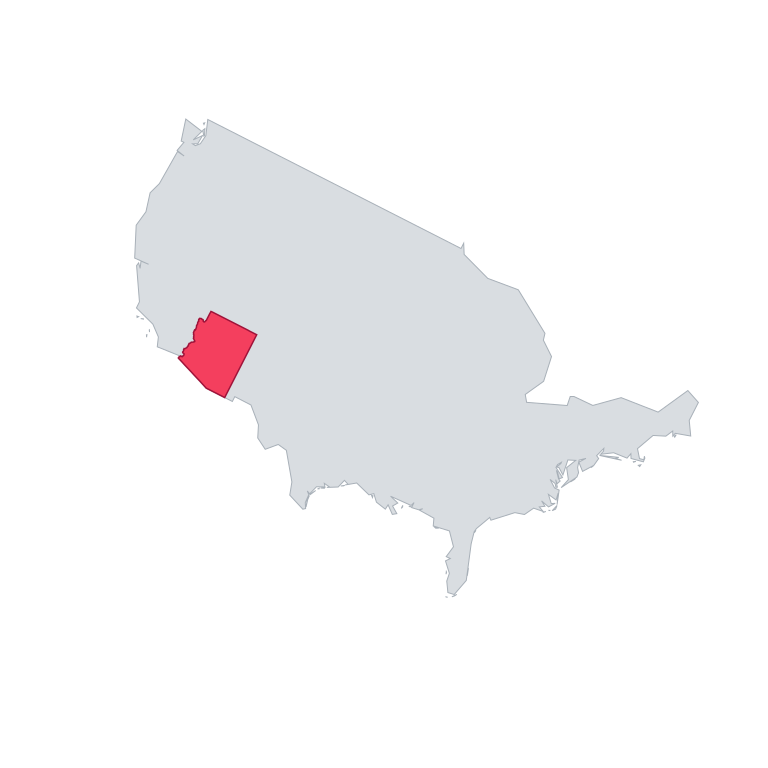 United States of America, with Arizona highlighted, rotated 27°
{"feature_id": "USA-3520", "entity_name": "Arizona", "entity_type": "State", "adm_level": 1, "iso_a3": "USA", "parent_name": "United States of America", "parent_adm1": "", "projection": "mercator", "projection_center": [-112.833, 34.165], "detail": "fine", "context": "in_parent", "style": "filled", "palette": "rose", "viewbox_px": 768, "rotation_deg": 27, "n_neighbors": 0, "source": "natural_earth", "source_scale": "10m", "svg_char_len": 7728}
<svg xmlns="http://www.w3.org/2000/svg" viewBox="0 0 768 768"><g transform="rotate(27 384 384)"><path d="M601.5,288.5L641.0,284.6L657.7,251.9L672.5,257.7L672.5,277.9L680.9,291.1L665.9,295.7L665.0,299.3L662.6,294.8L658.8,302.5L647.1,307.7L639.2,326.5L645.5,334.5L649.9,333.5L648.8,330.1L650.1,331.7L650.4,335.6L637.9,338.2L635.6,334.0L634.2,339.7L619.8,341.0L608.9,348.3L610.1,344.1L609.1,341.5L606.0,351.3L609.1,353.0L607.9,361.2L600.6,371.7L593.1,365.2L597.7,358.6L592.4,363.2L594.4,370.5L597.6,374.7L598.1,379.3L588.9,395.9L591.7,385.5L584.7,375.6L589.5,365.0L582.3,368.2L584.7,383.8L577.9,379.1L575.5,379.5L577.7,374.7L577.6,373.2L575.2,377.0L575.1,380.3L585.5,386.3L583.1,389.0L578.5,383.6L576.8,382.7L582.5,389.2L585.0,390.5L583.5,394.3L580.4,391.3L585.3,397.2L584.1,398.0L581.7,395.0L575.3,393.6L583.2,399.2L588.2,399.0L593.0,413.0L588.7,402.2L590.0,409.2L580.6,407.7L587.3,414.6L590.7,412.6L586.4,418.8L577.5,416.6L582.9,419.9L578.2,423.0L583.7,425.3L573.7,426.7L568.4,436.5L559.0,439.2L541.1,456.8L538.8,454.9L532.0,470.8L531.4,474.7L534.2,486.8L546.5,521.7L542.1,539.7L535.6,540.8L529.4,531.1L528.2,523.0L519.1,513.7L522.3,509.4L517.8,509.6L519.8,497.5L509.0,485.2L492.3,488.1L489.4,480.9L473.0,480.3L475.1,477.5L472.1,480.3L464.7,481.6L464.6,476.0L463.3,479.9L440.8,481.0L450.3,483.8L447.0,488.8L454.3,493.7L450.6,496.4L442.5,489.8L442.0,494.9L430.9,492.7L424.7,486.3L420.9,489.6L404.6,484.6L395.2,491.6L397.6,489.7L392.5,487.8L389.9,496.6L380.0,502.1L382.3,500.5L375.9,499.6L378.1,502.5L370.5,506.2L367.6,515.6L364.2,514.1L367.2,516.7L367.7,525.4L370.7,530.6L368.5,532.4L350.5,525.8L346.4,513.1L327.1,487.4L317.2,485.9L307.8,496.1L296.0,489.4L290.7,477.4L275.0,463.1L256.8,463.0L256.8,468.4L227.7,468.5L189.8,451.6L165.1,453.8L161.6,444.5L150.9,435.6L128.9,428.6L128.8,421.8L109.8,390.8L110.4,387.5L114.2,391.7L111.7,384.8L119.9,384.2L104.7,385.0L91.1,355.0L93.7,338.6L88.8,319.8L92.9,307.4L94.5,270.6L102.4,271.6L93.6,269.8L96.0,259.5L93.0,259.6L87.1,237.9L107.0,241.6L103.2,253.1L109.5,245.0L109.0,254.5L104.4,256.9L107.7,257.3L111.3,253.3L112.5,243.6L106.9,228.3L391.1,228.3L391.1,222.4L396.6,232.2L428.5,242.8L460.9,239.1L504.4,265.8L506.1,272.6L520.8,283.5L525.0,309.1L514.6,329.2L519.4,335.6L557.0,320.0L555.6,310.6L558.9,308.9L579.8,308.3L601.5,288.5ZM624.1,345.1L630.3,344.1L608.4,349.8L626.5,342.8L624.1,345.1ZM108.5,237.8L111.2,244.0L111.0,244.9L107.3,240.3L108.5,237.8ZM370.4,529.1L368.0,521.5L368.2,517.2L368.5,521.7L370.4,529.1ZM667.4,296.5L667.2,299.4L666.3,298.8L667.4,296.5ZM424.9,488.6L425.3,490.4L423.5,488.9L424.9,488.6ZM137.5,436.2L140.0,435.1L140.2,435.4L137.5,436.2ZM134.8,435.4L133.8,436.8L133.0,435.6L134.8,435.4ZM643.6,338.6L641.8,340.4L641.4,340.0L643.6,338.6ZM369.6,513.2L368.2,516.6L371.5,509.9L369.6,513.2ZM543.0,510.2L545.3,517.1L542.5,509.6L543.0,510.2ZM150.4,442.2L151.5,444.2L150.3,442.4L150.4,442.2ZM543.1,540.7L541.1,542.8L544.4,538.4L543.1,540.7ZM593.7,417.6L591.4,420.5L593.3,413.6L593.7,417.6ZM105.7,232.7L105.8,234.5L104.7,233.6L105.7,232.7ZM378.2,503.9L374.7,505.5L378.3,503.4L378.2,503.9ZM649.5,339.4L649.3,341.5L647.5,341.0L649.5,339.4ZM150.4,447.7L151.2,450.1L150.0,448.0L150.4,447.7ZM373.8,506.8L372.4,507.7L373.6,506.3L373.8,506.8ZM597.1,382.5L594.6,386.6L597.5,381.0L597.1,382.5ZM394.1,493.2L391.8,494.5L395.1,492.1L394.1,493.2ZM532.4,472.7L532.0,475.6L531.8,473.6L532.4,472.7ZM584.5,425.8L583.7,426.3L586.1,424.1L584.5,425.8ZM498.3,487.5L495.5,489.0L494.4,488.7L498.3,487.5ZM463.6,481.1L463.1,481.6L461.5,481.5L463.6,481.1ZM525.2,523.3L525.6,525.3L524.7,522.9L525.2,523.3ZM456.4,485.1L455.9,487.0L455.8,483.6L456.4,485.1ZM536.9,545.4L535.3,545.6L537.5,545.1L536.9,545.4ZM607.4,362.7L606.2,364.7L607.7,361.8L607.4,362.7ZM589.6,421.1L588.6,421.8L588.4,421.7L589.6,421.1Z" fill="#d9dde1" stroke="#a8b0b8" stroke-width="1"/><path d="M228.1,468.4L227.4,468.4L227.2,468.3L226.6,468.1L226.1,467.9L225.6,467.7L225.0,467.5L224.5,467.3L224.0,467.1L223.5,466.9L222.9,466.7L218.7,465.1L214.5,463.6L210.3,462.1L206.1,460.5L201.9,459.0L197.7,457.5L193.5,455.9L189.2,454.4L188.9,454.2L189.1,453.6L189.1,453.3L189.0,453.1L189.2,452.7L189.5,452.5L189.5,452.4L189.7,452.2L189.7,451.9L189.8,451.6L190.2,451.2L191.3,451.4L191.8,451.3L191.9,451.1L191.9,450.9L191.9,450.7L192.0,450.3L192.4,450.0L192.5,449.9L192.6,449.6L192.4,448.8L192.4,448.7L192.4,448.4L192.1,447.9L191.7,447.7L190.8,447.6L190.4,447.4L190.1,447.0L190.1,446.6L190.3,446.1L190.3,445.6L190.2,444.9L190.2,444.7L189.8,444.3L189.8,444.2L189.9,443.8L190.0,443.7L190.0,443.4L189.9,443.4L189.8,443.2L190.4,442.9L190.6,442.9L190.8,442.7L191.2,442.0L191.3,441.7L191.6,441.4L191.8,441.2L191.8,440.9L191.8,440.7L191.9,440.4L191.9,440.2L191.9,439.7L192.1,439.5L192.2,439.4L192.2,439.2L192.1,438.8L192.2,438.7L192.2,438.4L192.0,438.2L192.0,437.9L192.0,437.6L192.0,437.4L192.1,437.2L192.0,436.8L191.9,436.6L192.0,436.2L192.5,435.8L192.7,435.6L192.9,435.4L193.0,435.2L193.1,434.6L193.2,434.4L193.3,434.2L193.7,434.1L194.8,433.4L195.0,433.3L195.3,432.9L195.6,432.5L196.0,432.3L196.0,432.1L196.0,431.9L196.0,431.7L195.7,431.5L195.5,431.3L195.4,431.3L195.3,431.2L194.4,430.5L194.2,430.4L194.0,430.2L193.9,430.1L193.7,430.0L193.5,429.9L193.4,429.8L193.4,429.7L193.4,429.4L193.5,429.2L193.4,429.0L193.3,428.8L193.2,428.7L192.9,428.4L192.9,428.0L192.9,427.9L192.2,426.4L191.9,426.3L191.7,426.2L191.5,425.6L191.4,425.3L191.3,425.1L191.2,425.0L190.9,424.8L190.8,423.3L190.8,423.2L190.7,422.7L190.9,422.4L191.0,422.3L190.9,422.1L190.7,421.9L190.7,421.7L190.8,421.5L191.0,421.5L191.2,421.4L191.3,421.4L191.4,420.9L191.4,420.6L191.3,420.1L191.2,419.5L191.2,419.2L191.2,418.8L191.1,418.5L190.8,417.9L190.6,417.3L190.4,416.8L190.6,416.2L190.6,415.6L190.6,415.3L190.6,415.1L190.2,414.2L190.1,413.6L190.1,412.9L190.2,412.7L190.4,412.4L190.4,412.1L189.9,411.5L189.8,411.2L189.7,410.8L189.6,410.5L189.8,410.3L189.9,410.2L189.8,409.7L189.9,409.4L190.0,409.3L190.0,409.2L190.4,409.1L190.7,408.9L191.3,408.7L191.5,408.6L192.2,408.8L192.3,408.8L192.5,409.0L192.8,409.0L193.2,408.8L193.3,408.8L193.5,408.8L193.8,409.0L194.0,409.2L194.2,409.8L194.3,409.9L194.4,410.1L194.6,410.2L194.9,410.3L195.1,410.4L195.6,410.3L196.0,410.1L196.2,409.5L196.3,409.0L196.4,408.6L196.6,408.4L196.8,408.1L196.8,407.9L196.8,407.3L196.8,407.2L196.8,406.9L196.8,406.4L196.8,405.8L196.8,405.1L196.8,404.3L196.8,403.5L196.8,402.6L196.8,401.7L196.8,400.8L196.8,400.0L196.9,399.3L196.9,398.7L196.9,398.2L196.9,397.9L198.5,397.8L200.1,397.8L201.7,397.8L203.3,397.8L204.9,397.8L206.5,397.8L208.1,397.8L209.7,397.8L211.3,397.8L212.9,397.8L214.5,397.8L216.1,397.8L217.7,397.8L219.3,397.8L220.9,397.8L222.5,397.8L224.1,397.8L225.8,397.8L227.4,397.8L229.0,397.8L230.6,397.8L232.2,397.8L233.8,397.8L235.4,397.8L237.0,397.8L238.6,397.8L240.2,397.9L241.8,397.9L243.4,397.9L245.0,397.9L246.6,397.9L248.2,397.9L248.2,400.1L248.2,402.4L248.2,404.7L248.2,406.9L248.2,409.2L248.2,411.5L248.2,413.7L248.2,415.9L248.2,418.2L248.2,420.4L248.2,422.6L248.2,424.9L248.2,427.1L248.2,429.3L248.2,431.5L248.2,433.7L248.2,435.9L248.2,438.1L248.2,440.3L248.2,442.5L248.2,444.7L248.2,446.8L248.2,449.0L248.2,451.2L248.2,453.3L248.2,455.5L248.2,457.7L248.2,459.8L248.2,462.0L248.2,464.1L248.2,466.2L248.2,468.4L247.6,468.4L247.1,468.4L246.7,468.4L246.2,468.4L245.8,468.4L245.4,468.4L244.9,468.4L244.5,468.4L244.0,468.4L243.6,468.4L243.2,468.4L242.7,468.4L242.3,468.4L241.8,468.4L241.4,468.4L241.0,468.4L240.5,468.4L240.1,468.4L239.6,468.4L239.2,468.4L238.8,468.4L238.3,468.4L237.9,468.4L237.4,468.4L237.0,468.4L236.6,468.4L236.1,468.4L235.7,468.4L235.2,468.4L234.8,468.4L234.4,468.4L233.9,468.4L233.5,468.4L233.1,468.4L232.6,468.4L232.2,468.4L231.7,468.4L231.3,468.4L230.9,468.4L230.4,468.4L230.0,468.4L229.5,468.4L229.1,468.4L228.7,468.4L228.1,468.4Z" fill="#f43f5e" stroke="#9f1239" stroke-width="1.5"/></g></svg>